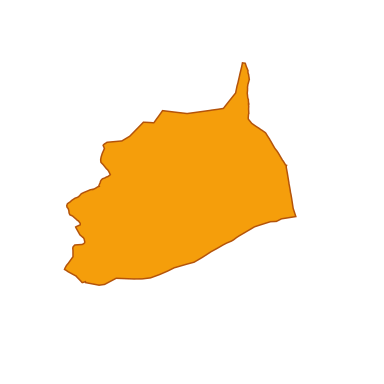 the district of San Pedro Jicayán, Oaxaca, Mexico, rotated 304°
{"feature_id": "50627088B38884346620814", "entity_name": "San Pedro Jicayán", "entity_type": "district", "adm_level": 2, "iso_a3": "MEX", "parent_name": "Mexico", "parent_adm1": "Oaxaca", "projection": "albers", "projection_center": [-98.034, 16.464], "detail": "fine", "context": "isolated", "style": "filled", "palette": "amber", "viewbox_px": 384, "rotation_deg": 304, "n_neighbors": 0, "source": "geoboundaries", "source_scale": "gbopen_adm2", "svg_char_len": 3347}
<svg xmlns="http://www.w3.org/2000/svg" viewBox="0 0 384 384"><g transform="rotate(304 192 192)"><path d="M327.3,161.6L325.9,162.2L324.7,162.7L323.0,163.4L322.9,163.4L315.9,166.0L315.0,166.4L310.8,168.0L308.3,169.0L305.2,170.0L300.6,171.9L298.5,172.8L292.4,172.3L289.9,172.1L282.1,171.5L280.4,171.4L278.9,171.3L278.3,170.7L275.1,167.3L274.4,166.5L270.5,162.1L270.4,162.1L254.3,144.1L248.1,132.1L243.0,122.1L242.9,122.1L238.5,122.0L235.0,121.9L233.3,121.8L228.5,121.7L228.0,121.6L227.4,120.7L227.2,120.2L225.6,117.5L224.3,115.3L223.4,113.9L222.7,112.7L218.7,112.0L203.4,109.2L195.1,105.3L185.9,94.0L185.3,93.5L184.5,93.3L183.3,92.7L183.2,92.8L182.1,92.3L181.3,92.2L180.9,92.3L180.1,93.6L179.9,93.9L179.0,95.1L178.6,95.1L178.0,95.3L173.9,96.0L170.2,97.1L169.5,97.4L167.9,98.1L166.7,99.0L165.7,99.9L165.6,100.2L165.0,103.1L163.4,108.2L163.3,109.5L162.6,111.3L160.7,114.6L157.8,113.7L157.5,113.5L157.3,113.1L156.8,112.9L155.9,112.3L154.9,111.9L153.1,110.5L151.8,110.1L150.6,110.1L150.2,110.1L149.5,110.2L148.7,110.6L147.7,110.8L147.3,110.8L144.7,111.4L144.8,111.5L144.7,111.8L144.6,111.7L144.3,111.5L144.0,111.3L143.8,111.1L141.4,110.0L140.4,109.5L139.5,109.0L138.8,108.6L139.0,108.4L137.6,107.1L136.8,106.3L135.5,105.5L133.5,104.2L131.1,102.6L129.2,101.5L128.6,101.2L128.0,101.1L127.0,101.0L126.1,100.9L124.5,100.5L123.3,99.9L121.5,98.5L117.6,96.9L116.0,96.6L112.9,95.4L112.5,95.3L110.6,95.8L109.7,96.7L109.4,97.1L109.2,97.9L109.1,98.5L108.7,99.0L107.6,100.4L105.9,101.8L104.8,103.5L105.3,106.4L104.6,111.8L104.3,113.0L104.6,113.8L103.5,116.9L102.3,117.7L98.4,115.3L97.9,115.1L97.4,115.9L95.0,120.7L93.8,123.1L93.5,125.8L93.3,126.8L93.5,127.1L92.9,128.6L90.7,131.0L89.7,131.4L88.6,131.1L87.1,130.3L83.3,125.4L82.4,124.4L80.0,124.1L79.4,124.3L78.6,124.7L77.0,126.0L71.7,129.6L71.1,129.5L63.8,129.3L61.0,129.0L57.8,129.3L56.5,129.6L56.7,131.6L56.6,133.3L56.6,133.5L57.2,140.0L57.5,142.9L57.4,142.9L55.9,150.0L55.5,151.4L55.6,151.7L55.8,151.9L55.8,152.0L58.1,153.8L57.6,154.4L57.4,154.5L62.8,167.1L66.5,171.2L78.1,177.4L87.3,192.3L92.2,199.4L97.6,205.6L102.4,209.1L105.3,211.2L112.8,216.0L119.5,219.8L120.1,220.4L129.0,227.8L135.0,233.0L144.0,237.3L153.0,241.1L160.0,244.7L165.6,247.4L169.1,249.3L173.3,252.1L175.6,253.2L179.2,254.4L182.0,255.6L198.1,263.3L201.1,265.6L207.3,270.5L211.2,273.6L214.8,278.4L219.8,281.2L225.4,287.2L229.7,291.8L235.0,285.0L242.6,278.0L245.3,275.4L246.5,274.1L248.8,272.0L252.3,268.6L252.9,267.9L253.7,267.3L257.5,263.7L260.6,260.8L264.9,256.6L266.0,255.7L267.0,255.5L266.7,254.3L267.0,253.9L268.7,250.2L268.9,249.2L269.7,247.8L269.7,247.7L270.8,245.4L272.5,241.9L273.5,239.5L274.5,236.3L275.9,233.4L276.1,233.0L278.0,229.2L278.7,227.7L278.9,227.2L279.4,226.4L279.8,225.3L281.1,222.3L282.0,220.4L282.2,219.6L282.3,215.4L282.2,214.0L282.3,212.6L282.2,207.8L282.3,203.1L283.8,198.3L284.0,197.9L284.8,197.2L288.0,195.4L289.1,195.1L289.2,194.9L292.6,192.4L294.6,191.2L296.4,189.7L296.5,189.6L296.8,189.9L297.4,189.2L298.9,187.9L300.1,187.1L301.0,185.8L302.0,184.9L303.5,183.7L304.7,182.6L307.3,181.2L307.7,180.9L309.3,179.9L310.0,179.3L311.0,178.9L312.1,178.3L315.2,177.3L315.9,177.0L316.6,176.8L317.5,176.5L317.7,176.2L319.0,175.1L319.9,174.2L321.0,173.3L321.8,172.1L323.1,171.0L323.9,170.6L326.5,166.7L327.5,165.4L328.2,164.6L328.5,164.0L327.7,162.5L327.3,161.6Z" fill="#f59e0b" stroke="#b45309" stroke-width="1.5"/></g></svg>